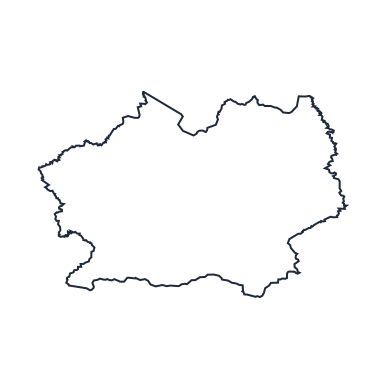 the district of Khlong Lan, Kamphaeng Phet, Thailand, rotated 278°
{"feature_id": "78962969B45862873771637", "entity_name": "Khlong Lan", "entity_type": "district", "adm_level": 2, "iso_a3": "THA", "parent_name": "Thailand", "parent_adm1": "Kamphaeng Phet", "projection": "equal_earth", "projection_center": [99.272, 16.258], "detail": "fine", "context": "isolated", "style": "outline", "palette": "slate", "viewbox_px": 384, "rotation_deg": 278, "n_neighbors": 0, "source": "geoboundaries", "source_scale": "gbopen_adm2", "svg_char_len": 5939}
<svg xmlns="http://www.w3.org/2000/svg" viewBox="0 0 384 384"><g transform="rotate(278 192 192)"><path d="M285.8,268.2L287.4,264.0L287.1,262.7L288.1,258.0L287.3,252.1L288.4,250.2L287.4,246.4L289.3,244.6L290.8,244.1L292.1,244.5L293.2,242.7L295.6,240.9L294.9,239.6L294.5,239.9L294.2,239.1L292.5,238.7L289.4,236.0L287.6,233.3L285.9,232.8L285.6,231.5L286.2,229.1L285.4,227.9L285.8,224.9L287.2,222.9L287.4,220.9L289.2,217.3L288.3,215.8L288.3,214.7L287.3,214.2L285.6,211.7L283.9,212.4L281.9,209.6L278.7,209.6L275.1,208.2L275.1,207.1L273.5,206.9L272.5,207.6L272.2,206.8L270.1,206.2L267.5,207.6L261.8,206.2L257.7,198.3L255.5,198.4L253.3,197.4L254.3,193.8L253.7,190.6L251.8,188.7L250.4,188.4L248.2,185.7L251.3,174.5L257.0,168.9L265.5,172.4L267.5,170.4L284.4,130.2L284.1,129.6L282.3,129.7L282.0,130.6L280.8,130.5L280.3,131.5L279.6,131.1L279.1,132.6L276.3,133.7L275.9,133.3L274.4,135.0L272.4,133.4L272.7,132.8L272.3,128.4L269.7,129.7L268.4,126.5L261.0,129.4L258.8,129.1L257.9,128.2L257.5,124.8L258.3,118.1L255.9,113.2L251.9,114.3L249.6,113.8L248.3,111.4L247.0,110.7L247.3,109.6L244.0,107.7L243.5,105.8L236.5,102.6L236.3,101.8L234.5,101.9L234.2,100.7L233.4,101.3L233.4,100.3L232.0,99.1L231.1,100.0L230.2,99.4L229.3,99.8L229.3,98.6L228.6,98.4L228.5,97.4L225.7,95.9L226.5,94.6L225.7,94.5L225.1,92.7L226.0,92.6L225.7,91.6L226.9,90.9L225.3,87.6L226.6,85.1L226.2,83.8L227.5,82.8L227.3,82.1L228.0,81.7L227.6,80.8L228.4,79.9L227.0,78.5L226.5,79.1L222.9,78.5L221.7,74.8L222.3,74.4L221.7,70.7L220.1,69.6L220.4,68.1L219.9,68.5L219.4,65.9L215.6,62.6L215.9,61.3L214.8,59.5L213.7,59.0L213.6,58.2L211.4,58.5L210.8,57.0L210.1,57.0L210.0,55.7L209.4,56.0L208.2,55.0L207.7,55.8L207.4,54.9L206.2,54.9L205.3,56.1L204.5,54.6L203.6,54.2L204.2,52.5L204.7,52.6L204.8,51.3L203.5,49.9L201.5,49.7L202.4,49.0L202.1,48.2L201.5,48.3L201.5,47.3L200.0,47.8L199.4,47.2L198.7,44.5L199.2,43.7L197.8,43.4L197.0,42.2L196.7,40.4L196.2,40.6L195.1,38.4L195.1,37.2L192.9,37.0L191.7,39.0L189.4,40.0L188.0,41.6L186.7,41.6L186.1,42.5L184.9,41.3L184.0,42.8L182.9,41.8L179.1,49.3L176.3,45.9L175.2,48.1L174.5,48.3L173.2,51.5L173.8,53.7L171.2,55.5L171.0,56.8L169.8,56.5L168.7,58.0L167.0,58.5L167.2,60.2L165.8,60.8L165.6,62.0L162.4,63.5L162.3,66.7L160.2,65.0L159.2,62.9L158.2,62.5L157.0,62.8L156.5,65.5L154.8,65.9L154.1,63.4L152.9,61.9L153.1,61.0L151.1,59.1L148.7,60.8L146.3,60.4L144.6,61.9L144.9,64.1L141.5,63.8L139.2,66.1L135.8,67.0L133.2,65.7L131.5,66.8L131.0,66.0L130.0,66.2L129.3,68.2L130.2,70.5L129.8,71.6L130.2,72.4L130.8,72.0L131.8,73.0L131.6,73.8L130.6,74.0L130.7,74.9L131.1,75.2L131.9,74.2L132.3,75.4L133.5,75.1L133.0,75.7L133.9,76.6L135.3,75.6L134.4,78.4L135.1,78.7L136.3,77.6L135.4,80.7L136.3,81.9L134.8,84.2L135.2,86.6L133.7,86.5L133.3,88.2L130.3,91.0L129.4,91.0L129.1,92.8L129.6,93.7L128.0,95.9L127.9,98.0L127.3,98.1L127.2,99.6L125.4,100.4L123.5,103.1L120.0,102.8L118.7,100.7L113.4,101.4L111.1,99.7L108.9,99.5L107.2,96.2L105.7,94.6L105.2,91.7L102.5,92.7L102.0,89.5L99.6,89.8L98.7,88.7L98.1,86.2L95.9,85.8L94.3,82.5L91.1,82.3L90.0,80.4L88.5,80.1L87.8,81.0L84.6,80.1L83.4,82.6L82.3,83.1L82.0,100.9L80.5,104.8L81.1,106.1L83.4,107.9L84.4,108.0L88.2,106.0L90.8,107.2L91.8,110.6L93.4,112.8L92.9,117.0L93.2,119.1L94.0,120.1L93.3,122.5L93.4,125.1L94.9,127.2L93.2,133.4L93.8,137.3L98.0,139.8L98.3,140.7L98.5,147.7L99.1,148.0L97.6,152.8L99.2,157.6L97.9,160.9L94.6,163.9L93.5,169.1L95.8,175.7L95.2,179.9L96.4,183.9L96.8,190.9L97.3,192.6L99.1,194.4L100.2,198.0L100.0,199.8L104.6,203.8L105.2,207.5L108.7,211.7L109.7,216.8L112.3,218.9L113.3,225.4L112.8,230.4L110.9,233.2L109.5,233.9L109.3,240.2L107.7,244.0L107.5,249.3L106.6,251.4L106.6,255.2L101.6,256.2L100.5,255.7L100.2,256.9L97.9,258.0L98.1,260.9L97.1,269.5L97.9,271.1L97.5,273.9L99.1,276.1L102.3,277.3L106.9,277.8L110.1,281.4L113.0,282.8L114.2,289.8L117.5,289.7L117.8,292.0L118.8,293.2L119.1,296.5L119.9,298.0L124.7,297.5L126.1,298.2L126.8,299.5L127.3,304.8L126.1,306.4L125.9,308.1L127.0,309.7L127.7,307.8L130.1,306.9L131.9,304.1L134.9,303.5L138.3,307.3L139.8,306.5L140.4,304.3L141.3,303.7L143.6,303.7L145.5,304.8L146.1,302.4L150.4,297.6L153.0,296.7L154.7,294.0L158.9,295.0L165.4,302.9L165.8,305.4L167.8,307.3L168.1,306.7L170.1,308.1L170.1,309.2L172.6,312.7L172.9,314.4L174.9,315.0L174.6,316.2L176.2,317.3L180.1,322.4L179.9,323.7L181.3,323.9L181.0,325.8L181.7,327.8L183.1,327.0L186.8,332.7L186.6,335.6L187.4,339.3L188.8,338.8L189.6,340.0L191.4,340.4L193.2,339.3L194.1,341.5L196.0,339.6L196.6,345.7L198.0,345.0L200.1,347.0L199.9,344.4L201.6,344.3L202.3,342.8L204.2,343.7L206.4,342.7L208.7,343.4L209.3,342.4L209.4,340.1L211.7,338.0L213.7,339.6L216.2,337.7L223.0,336.8L225.0,335.3L225.6,330.6L226.9,330.5L227.4,329.5L229.1,332.0L230.4,332.1L231.2,330.4L230.0,328.8L229.9,327.4L230.7,325.4L233.2,324.5L234.0,320.4L237.7,325.1L238.7,322.7L240.3,323.6L241.5,324.7L242.2,327.0L244.7,326.1L245.5,324.9L247.2,325.1L248.9,328.4L248.9,329.5L250.0,329.3L250.2,330.0L251.2,328.3L253.2,328.6L253.8,327.3L254.4,327.5L254.4,328.5L255.1,328.4L256.8,326.6L260.0,328.1L260.3,326.9L259.6,325.8L260.1,324.9L261.2,324.7L262.0,322.9L265.1,323.1L265.0,320.9L267.9,320.7L268.8,317.2L270.4,318.1L270.8,319.2L270.5,321.0L270.9,321.8L270.2,322.9L270.8,322.9L271.0,323.8L272.6,323.8L273.4,321.2L273.2,319.7L274.2,318.5L274.2,316.4L276.3,318.2L278.2,317.0L278.6,315.9L277.8,315.7L279.6,314.4L279.5,312.9L280.8,313.4L281.1,312.6L280.6,311.8L281.4,311.4L281.5,310.4L284.7,310.7L286.2,309.0L286.1,307.7L287.0,308.4L286.9,307.0L287.7,309.0L288.5,308.9L288.1,307.0L288.6,306.9L288.9,307.8L289.5,307.5L289.6,306.6L290.2,306.4L289.8,305.1L290.6,304.5L292.1,305.2L292.9,303.3L292.4,303.0L293.0,302.6L292.7,302.1L293.3,301.3L293.8,301.6L293.6,300.2L294.1,300.7L294.2,299.9L295.3,300.0L295.5,299.4L296.2,300.0L296.7,299.1L298.0,299.3L298.6,298.1L299.6,298.7L300.4,297.9L301.6,298.8L301.8,297.8L302.3,297.8L302.3,296.4L302.9,296.4L303.5,295.0L302.3,290.9L301.6,284.4L291.4,283.9L285.0,279.3L283.7,277.2L283.4,271.2L285.8,268.2Z" fill="none" stroke="#1e293b" stroke-width="2"/></g></svg>